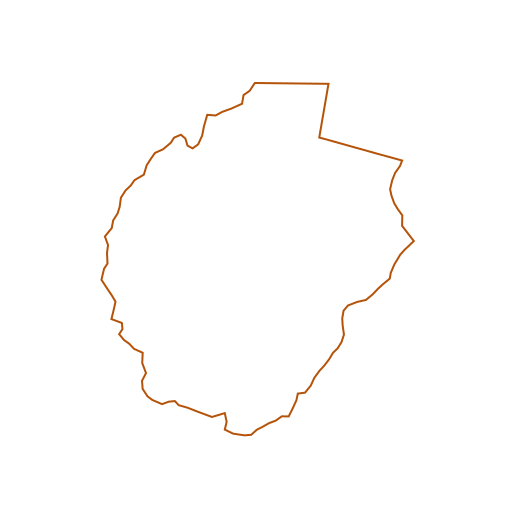 Ipaussu, São Paulo, Brazil (Mercator projection), rotated 50°
{"feature_id": "56859067B23580157718081", "entity_name": "Ipaussu", "entity_type": "district", "adm_level": 2, "iso_a3": "BRA", "parent_name": "Brazil", "parent_adm1": "São Paulo", "projection": "mercator", "projection_center": [-49.603, -23.063], "detail": "fine", "context": "isolated", "style": "outline", "palette": "amber", "viewbox_px": 512, "rotation_deg": 50, "n_neighbors": 0, "source": "geoboundaries", "source_scale": "gbopen_adm2", "svg_char_len": 1552}
<svg xmlns="http://www.w3.org/2000/svg" viewBox="0 0 512 512"><g transform="rotate(50 256 256)"><path d="M346.0,125.5L326.8,124.7L318.9,117.8L311.5,117.3L304.4,116.2L296.8,113.4L291.1,110.4L285.6,103.1L281.8,96.1L279.6,87.8L276.8,82.7L256.1,97.0L210.6,128.1L205.9,131.4L170.7,89.8L122.7,145.7L125.4,154.7L124.7,162.1L130.4,168.8L127.1,180.5L123.9,189.2L122.4,196.6L116.5,202.6L123.2,212.5L129.2,219.9L133.3,228.6L132.8,235.4L127.4,237.5L120.6,234.6L114.8,235.6L112.7,242.7L114.5,248.5L114.5,258.7L112.1,267.0L113.6,272.8L116.2,281.4L121.6,289.6L119.8,300.3L121.5,306.7L121.9,313.7L124.5,322.0L130.7,328.8L134.5,334.8L136.9,342.5L141.9,348.6L143.9,359.2L152.5,362.3L157.8,368.1L166.3,374.6L168.1,380.6L174.9,389.7L187.8,391.2L193.7,391.8L200.7,393.0L205.9,399.8L211.4,407.3L221.1,401.8L226.2,405.3L227.9,411.1L235.6,411.1L241.7,409.5L248.8,409.1L257.3,405.0L264.9,412.0L275.0,415.5L278.3,423.5L285.0,428.3L293.8,429.3L299.5,428.0L309.1,423.2L311.5,416.5L315.0,411.4L320.6,411.1L328.3,405.9L337.7,400.8L351.0,393.2L356.3,380.9L364.2,385.1L368.9,391.5L377.4,387.7L386.0,380.1L389.9,374.6L389.6,367.2L391.1,360.8L392.4,353.5L394.8,346.7L395.4,339.3L399.9,334.1L396.3,325.8L392.5,317.8L388.3,312.4L392.2,306.3L390.5,297.4L386.8,289.6L384.7,281.0L383.9,274.4L382.1,266.3L379.6,259.1L379.2,252.8L376.9,245.8L372.7,239.1L365.1,234.4L359.3,230.1L354.2,224.1L353.0,217.4L356.3,207.8L360.3,200.1L360.4,191.7L359.5,183.5L359.2,177.1L359.3,168.0L355.6,163.7L351.5,155.7L347.7,144.7L346.8,138.4L346.0,125.5Z" fill="none" stroke="#b45309" stroke-width="2"/></g></svg>